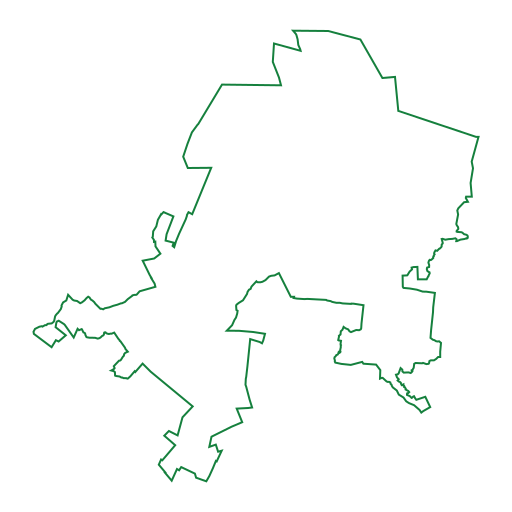 Escuintla, Chiapas, Mexico (Robinson projection)
{"feature_id": "50627088B28564966320854", "entity_name": "Escuintla", "entity_type": "district", "adm_level": 2, "iso_a3": "MEX", "parent_name": "Mexico", "parent_adm1": "Chiapas", "projection": "robinson", "projection_center": [-92.576, 15.351], "detail": "fine", "context": "isolated", "style": "outline", "palette": "green", "viewbox_px": 512, "rotation_deg": 0, "n_neighbors": 0, "source": "geoboundaries", "source_scale": "gbopen_adm2", "svg_char_len": 6049}
<svg xmlns="http://www.w3.org/2000/svg" viewBox="0 0 512 512"><path d="M171.7,480.7L177.0,469.0L179.1,470.3L181.2,467.1L194.9,473.6L196.1,477.7L206.3,481.3L209.3,476.1L212.9,468.2L215.9,460.9L216.7,461.4L221.7,450.7L218.1,451.7L215.8,444.6L209.3,446.9L211.5,436.7L231.6,426.7L242.2,422.2L236.7,408.6L248.1,408.0L252.1,407.5L249.6,399.6L246.2,386.7L245.5,384.8L245.8,378.8L246.2,376.9L247.4,366.5L250.2,339.1L259.7,342.0L262.0,343.3L263.2,340.6L265.0,333.8L253.2,332.0L239.0,330.8L226.8,330.7L232.1,325.2L234.5,319.8L236.0,317.6L237.2,313.6L237.6,310.8L236.4,310.0L236.1,305.8L236.5,304.7L238.8,302.9L243.0,300.3L247.0,294.0L247.6,291.8L249.0,289.7L250.6,288.9L251.5,286.6L256.4,281.3L257.3,282.2L260.2,282.3L262.4,281.8L265.5,280.1L269.0,276.6L271.2,275.8L274.6,275.4L278.9,273.1L290.8,296.8L294.0,296.8L293.6,298.0L297.0,298.6L304.5,299.1L307.3,298.9L326.2,299.9L327.1,300.5L330.6,301.1L332.2,301.9L336.4,302.8L339.8,302.8L342.5,303.4L351.1,303.9L351.3,303.6L353.7,303.7L363.5,305.2L361.5,323.4L361.2,328.3L360.8,329.3L359.1,330.2L356.2,330.0L351.0,332.1L349.5,331.3L348.2,329.4L345.5,328.3L343.6,326.9L342.5,329.7L340.8,331.3L340.5,334.5L338.9,335.8L339.0,336.6L338.2,340.1L338.6,340.4L341.0,340.8L340.5,344.2L341.0,345.1L340.7,345.6L340.8,347.1L340.1,350.5L340.5,351.7L340.3,352.2L339.7,352.7L338.8,351.9L338.5,352.3L338.4,353.5L337.5,354.7L336.4,355.0L335.6,356.3L334.6,357.2L334.3,358.4L334.9,360.5L334.8,361.6L335.3,362.6L341.3,363.9L350.8,364.9L362.2,361.9L363.4,363.7L376.1,364.6L380.3,370.1L380.0,378.6L381.7,377.9L382.7,377.9L386.4,381.3L387.5,381.9L389.2,381.9L390.3,382.4L390.6,383.9L391.5,384.6L391.8,385.8L392.8,387.4L396.8,390.5L398.8,394.6L403.5,397.5L406.2,401.3L409.0,403.1L414.1,405.2L419.6,410.0L421.3,412.6L423.4,411.0L430.2,407.1L425.3,396.8L416.3,399.8L415.3,398.5L414.0,396.2L413.0,396.7L412.1,397.7L411.6,397.9L409.8,396.1L407.0,394.9L407.0,393.9L407.3,393.2L408.3,393.0L409.2,392.1L408.3,391.0L405.6,389.5L405.8,388.8L405.1,387.6L404.2,387.1L404.4,386.3L404.0,385.7L403.6,385.8L403.2,385.5L403.3,384.4L401.7,385.1L400.9,383.5L400.8,382.7L399.8,381.9L398.9,381.6L397.6,380.5L398.7,379.2L397.0,377.4L396.0,374.7L397.7,374.3L398.6,373.5L400.6,368.1L402.3,369.6L402.4,371.4L403.7,372.6L408.5,372.4L410.7,373.0L411.7,372.2L412.3,371.3L411.8,371.1L411.6,370.3L412.5,369.8L413.7,367.8L414.2,363.8L415.6,363.0L422.2,363.3L423.0,362.9L426.4,364.1L428.6,363.8L429.1,363.0L429.4,361.1L430.2,360.6L431.0,360.3L434.0,360.3L436.2,358.9L438.1,357.0L440.2,357.0L440.2,351.7L441.0,342.9L439.1,341.3L437.5,341.5L436.0,341.2L434.5,340.2L432.8,339.7L430.5,337.9L431.1,330.1L433.0,312.2L433.2,307.3L434.9,292.9L426.4,291.7L422.7,291.6L416.9,289.7L409.8,288.5L403.5,287.9L402.8,286.8L402.6,275.6L407.1,275.4L407.4,275.2L409.6,271.6L412.0,269.4L411.6,267.6L413.4,267.1L417.4,266.9L417.9,279.3L426.7,279.3L428.0,276.7L428.4,276.4L428.5,275.8L429.7,273.3L429.5,272.3L428.7,272.0L427.3,270.9L426.8,269.1L427.1,267.6L429.1,267.0L429.2,265.1L428.4,262.7L428.8,261.2L429.2,260.4L429.8,259.8L430.7,260.1L431.3,259.8L433.2,258.1L433.1,257.1L433.8,256.3L433.7,255.5L434.6,254.4L434.1,253.4L434.4,252.3L435.5,250.4L437.2,250.8L439.1,248.8L439.6,248.7L441.1,247.3L441.6,246.6L441.7,244.6L442.7,243.4L442.7,242.7L441.7,239.0L442.5,238.8L445.3,239.7L448.8,239.1L452.3,238.9L455.4,238.3L456.5,239.2L456.6,240.0L456.3,241.1L457.0,241.1L460.5,239.6L464.5,239.0L466.6,238.2L466.9,238.5L467.7,237.9L467.8,237.0L467.7,236.1L467.4,235.5L466.5,234.8L464.1,234.2L462.3,232.6L461.3,232.2L457.2,231.9L456.6,231.6L456.7,230.8L458.2,229.1L458.3,228.5L458.0,227.0L456.8,225.3L456.3,224.0L458.1,214.5L457.3,210.5L458.3,208.3L464.1,202.2L467.9,201.8L465.8,198.0L466.1,196.7L471.8,196.7L470.6,183.0L473.0,168.3L471.7,161.6L478.5,136.9L476.1,136.9L398.3,110.9L395.0,76.9L382.4,78.0L360.4,39.5L328.2,31.0L293.1,30.7L295.9,34.0L296.4,35.0L297.6,39.3L298.3,45.0L300.2,49.2L300.6,50.8L274.0,43.5L272.8,61.9L279.0,77.6L281.0,85.3L222.0,84.6L198.1,124.3L197.7,124.5L191.9,132.4L187.5,143.8L183.2,156.7L187.8,168.0L211.2,167.8L192.2,214.2L188.5,212.2L186.9,215.1L186.9,215.9L185.7,219.4L179.1,233.7L176.1,241.0L174.2,247.2L172.6,245.9L173.8,242.7L165.6,240.6L166.6,234.2L173.4,216.4L163.5,212.1L160.9,214.9L160.8,214.7L157.9,219.8L156.3,226.4L153.2,231.3L152.8,236.7L152.3,237.5L153.9,239.8L154.0,241.9L155.3,241.6L155.5,246.4L160.4,253.7L154.2,258.5L142.7,260.7L149.7,275.0L151.5,278.0L151.2,278.1L154.6,283.6L155.4,286.8L139.6,291.3L136.8,294.5L136.0,294.9L134.3,294.9L132.4,295.4L132.1,295.9L127.7,299.2L125.0,301.9L121.9,303.3L120.8,303.4L117.4,304.7L113.3,305.8L109.4,307.3L104.7,308.3L103.2,309.3L101.3,308.7L100.4,308.8L95.3,303.7L94.2,302.1L92.4,300.5L90.9,299.6L89.5,297.5L88.2,296.7L86.5,298.1L84.6,300.3L81.9,302.4L80.2,303.2L77.1,301.0L74.1,300.5L72.6,299.7L68.1,294.8L66.3,300.5L63.1,302.4L61.7,305.1L61.5,305.7L61.7,306.5L60.8,309.1L57.9,313.0L57.2,313.5L55.7,315.3L55.1,316.4L54.2,320.8L53.5,322.0L51.7,323.4L47.9,323.8L47.3,324.1L46.5,325.1L44.9,325.2L42.5,326.6L41.9,326.2L39.4,326.7L35.0,328.9L33.5,331.8L33.9,333.9L51.6,347.2L55.9,340.2L58.6,341.5L65.8,335.3L55.6,327.2L56.3,322.9L56.8,321.6L58.7,320.7L64.0,324.1L64.8,324.9L73.7,337.5L77.6,328.8L79.0,330.2L81.7,329.1L82.0,329.4L83.4,332.4L84.6,332.9L85.1,333.4L85.4,334.9L86.4,337.0L87.0,337.3L89.4,337.7L95.1,337.8L97.7,338.6L99.0,338.3L100.4,337.6L102.2,335.9L103.3,335.4L103.9,334.5L104.2,332.6L104.8,332.3L105.5,332.3L106.0,333.0L107.1,333.6L108.9,334.0L110.7,333.6L111.6,333.7L114.2,332.6L118.4,338.9L119.3,339.8L119.8,340.9L120.4,341.2L125.0,347.7L125.4,348.9L127.8,351.7L125.2,352.9L124.1,354.2L123.9,355.7L122.9,356.7L120.9,359.9L120.2,360.5L119.0,360.7L113.8,366.2L114.6,368.1L114.5,368.4L113.5,369.3L111.3,370.5L113.8,371.2L114.9,372.1L115.1,375.6L116.1,376.0L119.6,376.5L121.3,377.5L122.4,377.5L123.4,378.1L126.5,378.2L127.2,378.6L127.8,378.6L130.3,376.4L134.7,371.2L135.3,372.0L142.6,363.6L150.7,371.7L192.7,406.4L182.5,417.3L177.6,435.4L168.9,431.0L164.3,435.7L175.2,445.2L162.3,460.3L161.1,459.5L158.8,464.7L165.3,472.4L164.9,472.6L171.7,480.7Z" fill="none" stroke="#15803d" stroke-width="2"/></svg>